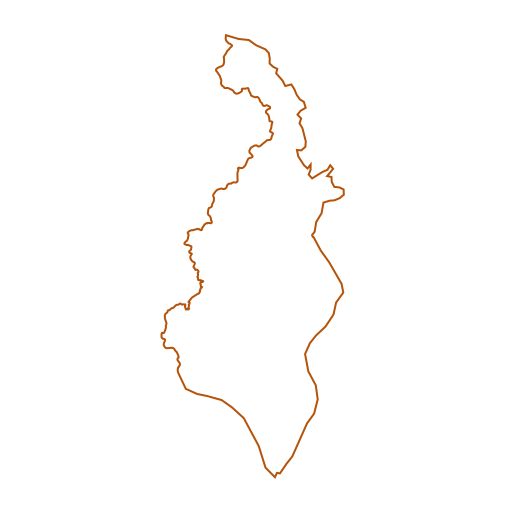 outline of Taehongdan, Ryanggang, North Korea, rotated 294°
{"feature_id": "82179303B43556128459055", "entity_name": "Taehongdan", "entity_type": "district", "adm_level": 2, "iso_a3": "PRK", "parent_name": "North Korea", "parent_adm1": "Ryanggang", "projection": "natural_earth1", "projection_center": [128.799, 41.972], "detail": "fine", "context": "isolated", "style": "outline", "palette": "amber", "viewbox_px": 512, "rotation_deg": 294, "n_neighbors": 0, "source": "geoboundaries", "source_scale": "gbopen_adm2", "svg_char_len": 6159}
<svg xmlns="http://www.w3.org/2000/svg" viewBox="0 0 512 512"><g transform="rotate(294 256 256)"><path d="M445.5,138.8L442.6,139.7L441.3,140.5L440.3,141.6L440.1,142.1L440.1,142.6L439.6,143.3L439.2,144.3L439.2,146.3L438.8,148.1L438.5,148.5L437.6,148.6L436.1,147.8L433.7,147.2L431.5,146.3L428.7,146.2L426.4,145.7L424.6,145.6L424.4,145.6L423.7,146.3L420.7,147.8L418.4,148.4L417.1,148.4L416.8,148.3L415.5,147.5L413.2,145.2L411.9,144.3L410.9,143.8L410.3,143.6L409.7,143.8L408.9,144.4L408.5,145.4L405.8,149.7L404.4,150.9L402.8,152.6L401.6,153.2L399.9,153.5L398.9,154.2L397.9,155.5L397.3,157.9L396.7,158.8L396.9,159.7L397.9,161.5L398.1,162.8L398.1,164.3L397.9,167.2L397.7,168.0L396.5,169.6L396.4,170.1L396.3,171.3L396.4,172.2L396.8,173.0L398.0,174.2L399.3,175.2L400.5,175.9L401.5,175.9L402.5,175.2L403.1,175.3L403.4,175.7L404.4,178.0L406.0,180.1L406.1,180.6L405.6,181.3L404.7,181.8L404.0,182.4L402.3,184.7L400.7,186.1L400.6,186.4L400.5,187.2L400.5,188.6L400.7,190.7L400.8,191.1L401.7,192.2L401.8,193.1L401.6,193.8L400.7,195.2L398.7,197.3L398.1,199.1L396.6,200.8L396.3,201.6L396.3,202.2L396.6,202.8L397.9,204.2L398.2,204.8L398.0,207.7L397.7,208.2L397.2,208.6L396.6,208.7L396.2,208.5L394.4,206.9L393.4,206.4L392.3,206.3L391.2,206.7L391.0,206.9L390.1,209.5L389.3,210.4L388.1,211.5L384.8,213.5L384.8,214.3L385.2,215.3L385.2,216.2L385.0,216.4L383.9,216.8L382.8,216.8L378.9,217.9L375.8,217.9L375.4,218.3L375.3,218.9L375.2,221.0L374.7,221.7L371.1,221.8L369.5,222.2L368.4,222.0L367.7,221.4L366.4,219.2L365.8,218.8L363.4,217.7L362.1,216.9L359.2,215.6L357.7,214.7L357.0,213.7L357.0,213.1L357.3,211.5L356.5,210.0L355.6,209.2L353.3,207.6L352.3,207.2L349.7,207.1L348.4,207.6L347.9,208.1L346.7,210.9L346.0,212.0L345.8,212.3L345.4,212.5L344.2,212.0L342.8,210.2L342.1,209.6L341.3,209.3L334.9,209.4L333.8,209.2L332.2,208.6L330.9,207.8L330.5,207.2L330.1,206.2L329.9,204.7L329.5,204.2L329.0,203.9L328.4,204.0L328.2,204.6L327.7,204.9L324.4,205.2L317.4,208.5L316.7,208.7L316.1,208.6L315.2,208.1L315.0,207.8L314.2,205.6L313.2,204.5L312.0,203.8L311.1,201.9L310.6,201.5L308.6,200.8L307.5,201.1L306.4,201.1L304.5,200.1L304.1,199.6L303.9,198.9L303.6,197.2L302.8,195.9L302.2,195.2L301.0,194.0L300.0,193.3L298.8,192.9L297.8,192.6L294.9,192.1L294.1,192.1L293.3,192.6L292.0,194.0L289.1,195.1L285.7,194.9L283.3,195.4L282.9,195.3L282.2,195.0L280.8,193.6L280.4,193.4L279.4,193.5L277.4,194.0L275.8,194.5L274.8,195.1L274.3,195.6L273.7,197.5L272.7,198.9L271.8,199.6L270.3,200.5L269.6,201.5L268.5,202.0L268.1,201.9L267.5,201.5L267.4,201.2L267.3,200.3L267.0,199.6L266.9,199.2L266.6,198.6L266.2,198.4L266.0,198.2L265.9,197.5L265.7,197.3L263.9,196.2L263.1,196.1L261.8,195.9L259.8,195.5L258.2,195.8L257.5,195.7L257.2,195.2L257.2,194.3L257.4,193.3L257.1,192.2L257.1,191.6L256.2,190.7L254.8,188.8L253.9,187.9L253.3,186.5L252.9,186.1L251.9,185.2L251.5,185.1L251.1,184.7L250.2,184.2L249.5,184.2L249.0,184.4L248.2,185.7L244.2,186.7L242.3,186.8L240.0,185.7L238.8,185.4L238.0,185.7L237.8,186.6L237.8,188.0L237.9,188.4L238.4,189.0L238.5,190.0L238.5,192.6L238.5,193.0L238.3,193.2L237.1,193.6L235.5,194.0L234.5,193.8L233.7,193.2L232.7,193.2L232.2,193.6L231.9,194.0L231.9,194.7L232.1,195.8L231.9,196.3L231.8,196.5L229.3,196.2L228.0,196.5L227.3,197.0L226.1,198.3L225.3,200.0L225.1,200.8L225.2,202.0L224.8,202.9L224.4,203.1L223.1,203.3L220.6,203.3L220.1,203.9L219.8,205.0L219.1,205.6L218.8,206.1L218.7,206.4L219.4,207.3L219.5,207.6L219.4,208.4L218.8,209.4L218.6,209.7L218.0,209.9L216.7,209.7L215.7,210.5L214.4,211.0L213.2,210.9L213.0,211.1L212.8,211.6L212.4,211.9L210.8,212.7L210.6,213.2L210.9,213.8L210.9,214.9L210.9,215.0L211.3,215.1L211.5,215.5L211.1,216.5L211.6,217.6L211.4,218.0L211.0,218.0L210.1,217.4L209.8,217.0L209.8,216.6L209.7,216.3L209.5,216.2L208.7,216.1L207.9,216.4L207.4,217.1L206.8,217.6L205.9,217.8L205.5,218.5L205.6,219.3L205.1,219.3L204.7,218.8L203.8,218.5L202.5,218.9L201.6,218.7L200.5,219.4L199.6,219.0L198.8,219.2L196.9,217.6L192.6,214.8L191.7,214.3L190.5,214.0L186.9,213.1L186.5,213.2L186.5,214.0L186.3,214.3L186.1,214.5L185.3,214.7L184.6,214.4L184.2,214.4L183.4,215.0L181.0,215.3L180.9,216.1L180.7,216.2L180.0,216.2L179.7,216.0L179.5,215.6L179.2,214.3L178.7,213.9L178.9,213.4L180.0,212.6L180.9,211.6L182.2,211.5L182.9,211.1L182.4,209.4L181.5,208.2L181.5,207.7L181.8,206.7L181.8,206.3L181.7,206.0L180.2,205.0L179.7,204.5L179.1,203.4L178.7,203.1L178.0,202.6L175.5,201.8L174.4,200.9L174.0,200.3L173.1,199.7L171.1,198.8L170.8,198.0L170.4,197.7L169.9,197.7L168.7,197.9L167.7,197.6L166.6,196.9L165.2,196.8L164.5,196.9L161.9,198.2L158.3,201.5L157.3,201.8L155.5,202.0L154.0,202.8L153.0,203.0L150.3,203.3L148.4,203.2L147.9,202.8L147.8,201.7L147.4,201.3L146.2,201.5L143.6,202.6L143.0,203.3L142.5,204.5L142.9,206.0L142.6,206.7L142.4,207.0L141.2,207.3L138.3,207.4L137.5,207.7L136.5,208.6L135.4,210.3L135.3,211.1L135.4,211.8L137.0,214.9L137.7,215.8L137.9,216.2L138.2,217.7L138.1,218.5L137.8,219.2L136.9,220.4L136.2,221.8L136.1,222.5L135.1,223.7L133.9,225.1L133.0,225.7L132.3,226.4L131.4,226.5L130.5,226.1L130.2,226.1L129.2,226.5L128.8,226.9L127.4,229.5L126.2,230.6L124.7,230.8L124.2,230.6L123.3,230.6L122.4,230.2L120.0,230.8L118.5,231.7L117.7,232.4L106.1,245.9L106.0,258.3L108.2,268.3L110.4,283.3L107.9,295.8L102.9,310.8L83.5,335.8L66.5,350.8L61.6,363.3L66.4,363.3L67.1,366.3L78.3,368.3L87.8,370.7L123.8,370.7L135.7,373.2L150.1,370.7L162.2,363.2L171.9,350.7L186.4,340.7L198.3,340.7L207.9,343.2L219.8,348.2L234.1,350.6L246.1,348.1L258.1,350.6L265.3,345.6L279.9,325.6L287.2,313.1L296.7,300.9L296.6,300.0L298.0,298.7L302.1,299.7L311.5,297.2L321.8,298.5L332.2,295.9L336.5,300.8L338.8,305.1L343.0,309.0L347.7,311.3L352.4,309.0L352.6,304.4L351.0,299.5L354.4,295.1L358.9,292.8L357.9,288.5L367.0,291.0L369.1,286.9L363.8,286.2L359.5,282.3L349.7,275.7L351.8,271.0L356.9,270.8L361.8,268.7L356.9,267.5L358.5,262.8L364.2,254.1L369.5,250.3L370.9,254.4L375.8,256.7L380.9,254.9L391.7,246.4L394.9,241.8L400.0,241.3L402.0,236.4L406.9,237.7L411.6,241.1L416.3,237.0L416.9,232.4L419.9,227.5L424.2,222.9L427.1,218.5L423.2,213.6L427.0,209.0L431.1,200.1L435.6,199.3L435.8,194.7L437.4,190.1L441.9,188.3L446.6,185.2L448.6,180.6L448.6,170.3L450.4,161.6L447.2,151.9L445.5,138.8Z" fill="none" stroke="#b45309" stroke-width="2"/></g></svg>